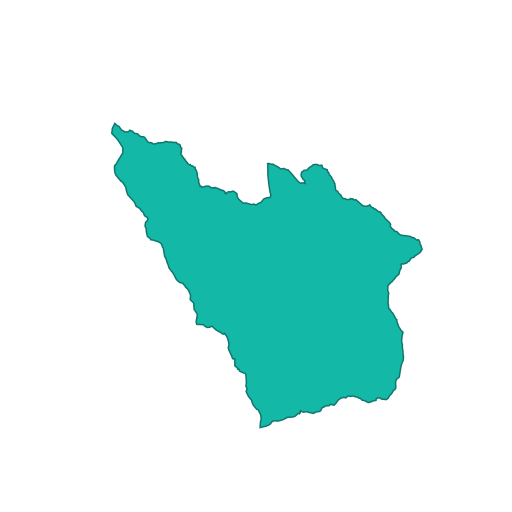 Romuli, Maramures, Romania, rotated 223°
{"feature_id": "2599482B28132150762562", "entity_name": "Romuli", "entity_type": "district", "adm_level": 2, "iso_a3": "ROU", "parent_name": "Romania", "parent_adm1": "Maramures", "projection": "mercator", "projection_center": [24.471, 47.559], "detail": "fine", "context": "isolated", "style": "filled", "palette": "teal", "viewbox_px": 512, "rotation_deg": 223, "n_neighbors": 0, "source": "geoboundaries", "source_scale": "gbopen_adm2", "svg_char_len": 6115}
<svg xmlns="http://www.w3.org/2000/svg" viewBox="0 0 512 512"><g transform="rotate(223 256 256)"><path d="M445.1,247.3L437.7,246.9L435.0,246.4L427.3,244.4L426.5,243.7L425.4,242.2L424.2,241.3L423.7,240.2L422.6,235.2L422.4,233.5L421.0,228.3L421.1,226.2L420.8,225.2L417.7,222.1L415.6,220.5L413.5,219.6L405.8,218.6L404.7,218.9L402.5,218.7L397.8,217.4L396.0,215.8L391.5,213.3L382.3,212.6L380.6,212.1L377.6,210.6L373.5,211.5L370.8,210.9L367.7,210.8L365.6,209.7L364.4,209.5L361.2,210.1L360.0,208.6L359.5,206.8L359.8,205.8L359.7,205.3L357.9,202.6L356.7,201.7L355.1,201.2L352.8,199.0L349.1,196.5L347.6,196.3L345.6,196.7L344.1,196.1L342.4,197.3L337.6,199.6L335.4,200.3L333.2,200.3L330.6,198.8L329.3,198.6L322.6,193.5L319.3,192.3L316.2,190.4L314.6,189.8L311.3,187.9L305.1,186.9L301.8,185.9L299.3,184.8L296.8,184.4L293.9,184.6L292.6,185.1L291.9,185.8L290.8,186.0L287.8,185.7L286.2,185.2L283.2,185.2L280.2,184.3L279.8,183.8L278.0,183.2L277.1,182.6L275.4,180.7L274.9,179.6L273.6,179.1L269.9,179.2L268.9,178.6L264.9,174.8L259.5,173.5L258.7,172.8L254.8,166.9L252.7,165.6L247.6,169.9L245.5,169.8L243.0,170.4L241.2,172.3L240.6,174.3L240.2,174.7L235.6,174.6L231.9,175.3L230.0,175.9L226.9,176.3L226.3,177.0L226.3,177.9L222.3,177.2L218.7,175.3L216.1,173.4L214.8,172.0L213.8,170.0L211.6,168.7L205.0,166.0L203.3,165.0L202.3,165.2L201.7,166.3L201.0,166.2L200.2,165.4L199.7,164.3L198.3,163.2L196.7,161.3L193.0,161.4L192.4,160.8L191.9,160.9L191.5,161.4L191.0,161.5L190.1,160.7L189.0,160.7L184.1,162.5L182.9,162.7L176.6,156.8L174.7,154.0L171.9,152.8L171.3,151.1L170.7,150.1L165.5,148.1L160.6,147.4L159.1,146.3L156.6,145.2L151.1,144.4L149.5,145.0L144.1,143.0L140.9,140.2L139.6,137.7L136.0,133.3L132.7,138.3L131.3,141.5L130.9,143.1L131.3,145.1L131.0,146.8L129.4,148.8L127.7,149.9L125.8,152.6L124.5,155.1L123.1,158.8L123.2,159.3L120.4,162.1L118.7,164.2L118.1,165.7L117.7,169.9L117.5,170.3L116.6,170.3L116.7,171.5L118.0,172.8L118.0,173.2L115.5,173.7L114.6,174.3L113.9,175.5L111.8,177.4L110.9,177.4L109.6,178.4L107.0,179.7L106.6,180.3L105.6,183.0L103.4,185.8L103.2,187.1L104.2,190.1L103.3,191.9L102.9,193.7L100.4,196.5L100.4,198.3L99.5,198.7L99.2,199.3L98.1,199.5L97.1,200.3L97.1,202.8L97.6,206.3L97.1,209.8L95.4,212.3L93.5,213.6L93.2,216.6L91.3,217.5L90.3,219.0L88.8,220.4L87.7,220.5L85.5,222.1L84.3,222.0L82.9,222.9L82.0,223.0L79.9,223.0L78.4,224.1L73.9,225.4L72.3,227.9L71.6,229.8L69.8,232.2L69.9,232.7L70.7,233.4L70.4,234.5L69.6,236.1L68.7,236.6L66.6,237.0L62.9,239.7L62.3,241.7L63.1,244.9L62.9,247.0L63.1,248.7L63.6,250.7L63.6,251.9L63.4,253.8L63.9,255.0L67.3,258.3L68.5,259.9L69.1,261.6L68.7,265.2L74.9,274.4L76.7,278.5L77.1,279.9L79.3,282.8L81.6,284.6L84.5,287.4L85.7,288.1L88.5,291.0L91.2,292.7L94.8,297.4L96.6,300.6L98.0,300.4L99.4,300.6L103.5,301.7L108.6,304.3L109.4,305.4L111.2,305.5L117.0,307.5L119.1,307.5L121.5,308.3L123.5,308.3L126.0,310.8L127.4,311.7L132.6,317.7L133.4,319.2L136.1,320.5L138.9,323.9L139.4,325.5L139.2,326.9L139.4,328.2L139.0,329.7L139.2,332.1L139.1,334.5L139.5,335.6L139.1,340.3L141.0,343.5L141.6,346.2L144.1,348.8L144.1,349.7L142.8,350.5L142.0,352.1L141.3,352.9L141.0,354.2L141.1,355.4L140.4,356.5L141.1,360.6L139.6,362.8L139.8,364.7L138.9,367.8L138.4,371.2L138.8,372.5L139.0,374.1L142.4,376.1L144.2,376.6L145.6,377.9L148.2,378.7L148.8,378.2L149.2,377.2L152.1,377.1L153.7,376.7L154.3,375.9L156.4,375.6L164.7,369.8L167.7,369.6L168.6,369.9L169.9,369.8L171.3,368.8L172.1,368.7L172.7,369.1L174.8,368.8L177.2,369.0L178.1,369.5L179.1,370.9L181.1,371.5L187.1,371.5L189.4,372.2L192.5,372.2L193.5,372.8L195.2,372.9L197.0,371.9L200.1,371.8L201.3,371.5L201.5,371.1L202.8,371.3L204.4,370.4L207.7,371.0L207.8,370.1L209.2,367.6L210.8,366.3L212.3,365.6L221.4,365.3L221.8,364.4L223.5,363.6L224.2,363.9L224.9,363.0L226.2,362.4L226.1,361.6L226.5,360.7L227.4,359.8L228.7,358.9L230.2,358.7L230.7,357.8L231.4,357.6L233.2,357.5L235.4,358.4L238.1,358.2L240.5,359.0L242.0,358.5L243.1,358.8L245.3,360.8L246.5,361.5L247.4,362.6L248.0,362.6L250.4,363.8L253.4,364.4L254.0,365.0L258.6,365.7L259.6,366.6L261.3,366.6L262.8,367.7L265.3,366.5L267.5,365.9L269.7,367.3L271.7,365.2L273.5,364.7L275.0,363.6L276.4,361.8L276.7,359.0L277.3,357.5L277.4,355.6L277.3,353.5L279.3,351.4L279.4,349.4L279.8,348.7L278.8,346.6L277.3,345.2L273.8,344.2L271.9,344.3L271.0,343.9L271.0,343.1L270.6,342.7L269.7,342.5L272.2,341.0L272.4,340.1L273.3,339.4L276.5,339.3L286.7,340.5L291.5,340.8L292.2,340.0L295.3,339.1L296.6,337.2L297.8,336.5L301.3,336.0L303.7,335.2L305.7,334.9L306.5,334.5L307.1,333.7L309.9,332.3L310.5,331.4L309.5,330.7L303.2,324.0L296.7,318.2L290.1,312.9L286.4,310.4L285.6,308.2L286.9,307.1L288.1,305.4L289.2,303.0L288.9,298.8L290.1,296.0L290.6,293.8L291.3,293.0L292.8,292.7L294.4,290.5L298.8,288.3L300.4,287.2L301.0,286.2L301.7,285.9L307.5,285.7L309.8,286.4L312.6,288.6L316.4,288.1L317.5,287.3L318.1,285.8L319.8,284.3L320.3,283.4L320.4,281.5L320.8,280.8L321.3,280.8L321.9,281.6L324.4,281.7L325.8,280.9L326.1,280.3L327.3,280.4L327.9,279.9L329.5,279.6L331.5,278.6L332.3,278.5L332.7,278.2L332.7,277.3L333.5,277.0L335.1,275.4L338.0,275.0L340.0,273.3L342.1,269.9L343.0,269.3L343.9,269.6L344.5,268.8L346.6,270.2L347.8,270.4L349.7,272.5L352.6,273.8L355.9,276.7L358.2,277.9L359.7,278.2L361.0,279.3L361.8,278.8L363.8,278.6L365.2,277.7L366.0,278.0L366.4,278.0L366.9,277.3L369.0,277.0L369.7,277.4L370.5,277.1L371.2,277.6L372.6,277.6L374.1,278.3L375.3,278.0L376.1,278.5L378.0,278.5L378.7,279.1L380.1,279.0L380.9,279.5L381.1,280.0L381.0,280.6L381.8,281.1L381.8,281.6L382.8,282.5L383.8,284.2L386.0,284.3L386.9,285.4L388.6,285.3L389.3,284.8L390.5,284.4L391.7,284.7L393.3,283.3L393.5,282.9L394.1,282.7L394.4,282.1L395.3,281.9L396.7,280.8L397.1,279.8L398.9,279.1L400.5,277.8L400.5,276.8L400.8,276.6L401.2,275.6L403.4,273.5L403.4,273.1L404.0,272.6L404.6,272.4L405.1,271.5L405.3,270.5L406.0,269.8L406.2,269.2L406.8,268.6L408.0,267.7L409.2,267.7L412.5,265.6L418.2,266.8L419.4,266.6L420.9,265.3L423.0,264.3L424.8,264.6L426.4,264.4L427.9,263.2L429.2,262.8L431.5,263.0L434.1,261.9L434.0,260.2L434.1,259.7L436.6,257.2L437.0,257.1L438.2,257.1L440.1,256.4L444.6,257.3L446.6,256.6L449.7,256.7L448.1,251.4L445.1,247.3Z" fill="#14b8a6" stroke="#0f766e" stroke-width="1.5"/></g></svg>